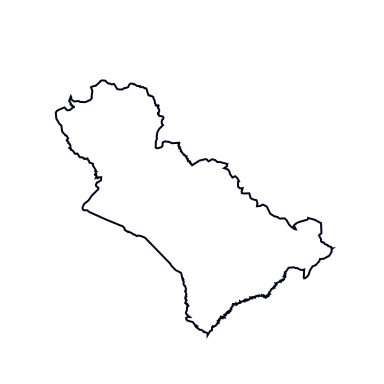 Tolon, Northern, Ghana (Albers equal-area conic projection), rotated 337°
{"feature_id": "2480657B36155100412367", "entity_name": "Tolon", "entity_type": "district", "adm_level": 2, "iso_a3": "GHA", "parent_name": "Ghana", "parent_adm1": "Northern", "projection": "albers", "projection_center": [-1.197, 9.557], "detail": "fine", "context": "isolated", "style": "outline", "palette": "ink", "viewbox_px": 384, "rotation_deg": 337, "n_neighbors": 0, "source": "geoboundaries", "source_scale": "gbopen_adm2", "svg_char_len": 6037}
<svg xmlns="http://www.w3.org/2000/svg" viewBox="0 0 384 384"><g transform="rotate(337 192 192)"><path d="M150.3,330.0L154.3,327.1L156.3,327.1L157.7,324.2L158.4,323.9L158.8,324.3L159.1,323.9L159.6,324.5L161.9,324.1L163.5,323.3L163.6,322.8L165.2,323.1L165.8,322.2L165.4,322.0L165.3,320.8L167.0,320.6L166.7,320.2L167.5,319.6L167.9,320.0L168.4,319.4L169.5,319.6L169.4,318.5L169.9,317.9L171.6,319.2L171.5,320.1L172.3,319.8L173.2,320.4L173.5,317.9L174.9,318.4L175.0,317.5L176.7,317.5L176.6,316.7L177.9,316.1L178.2,317.1L179.0,316.4L179.2,317.3L179.7,317.1L180.0,316.5L180.5,316.5L180.3,316.0L182.4,315.4L182.2,314.3L184.2,313.4L185.6,311.5L186.0,312.3L186.7,311.5L188.2,312.0L189.0,311.5L189.2,311.8L188.4,312.6L188.6,313.3L191.5,312.4L193.0,312.9L193.5,311.5L194.0,312.4L197.0,312.4L197.2,312.9L198.0,312.1L198.2,312.4L198.3,311.9L199.0,311.9L199.1,312.8L200.1,313.4L200.7,312.5L202.0,313.5L204.0,312.3L204.5,313.1L205.6,313.4L205.3,312.4L205.7,312.7L206.5,312.2L207.6,313.1L207.4,313.5L208.0,313.0L208.3,313.4L209.0,313.1L209.0,313.7L210.1,313.0L211.4,312.9L212.5,314.0L213.3,313.4L213.4,313.9L215.0,314.6L215.6,314.9L216.1,314.2L216.6,315.1L217.1,315.0L217.0,316.1L217.9,315.9L217.8,316.8L218.7,316.7L218.1,317.2L218.5,318.1L219.8,317.4L219.8,317.8L221.1,317.7L221.3,317.1L221.9,317.6L222.8,316.7L222.7,316.0L223.8,316.1L223.4,315.4L223.9,314.4L225.3,314.0L226.8,312.6L228.0,312.3L228.7,312.6L229.2,311.9L230.2,312.2L230.0,311.6L230.6,311.0L231.8,311.3L232.3,310.3L233.3,310.3L233.2,308.9L234.1,309.5L234.5,308.8L237.0,308.9L238.5,308.1L238.8,309.4L239.9,308.6L240.3,308.7L240.7,308.0L241.1,307.9L241.7,308.7L242.8,308.1L243.5,307.0L244.9,306.4L245.0,305.4L244.2,305.2L244.9,304.9L244.5,304.6L245.2,303.7L245.3,304.1L246.3,303.5L246.2,302.1L247.3,302.0L251.4,299.5L256.2,301.1L258.1,302.8L259.3,303.3L261.2,305.8L263.8,307.2L265.0,307.2L261.6,313.9L261.4,315.2L262.0,315.5L264.9,315.0L267.3,313.5L269.6,310.6L273.8,307.6L277.4,307.6L282.3,305.3L283.6,303.7L287.2,304.9L293.5,304.3L297.1,301.6L298.4,299.0L299.3,298.8L298.4,298.5L298.5,296.9L296.1,294.8L296.1,293.8L293.9,291.8L293.7,290.2L292.8,289.2L292.1,289.2L291.5,287.6L292.3,286.1L292.0,281.5L295.1,280.4L298.6,271.1L294.0,265.4L288.9,261.4L288.8,262.0L287.2,262.5L279.4,261.5L276.5,261.5L273.9,262.1L272.4,262.9L272.2,263.5L272.8,264.4L273.0,266.9L271.9,266.2L269.8,262.9L268.6,259.9L268.0,254.7L266.8,252.4L262.2,250.7L260.7,248.2L258.5,246.7L255.6,242.7L255.1,234.6L252.4,231.3L249.2,231.5L246.2,230.5L247.8,228.1L248.2,224.8L244.9,222.3L243.6,220.5L244.2,215.6L238.6,213.4L237.5,212.4L237.8,211.0L240.1,208.2L237.7,207.5L236.5,205.3L238.2,200.7L239.5,200.6L239.2,197.2L238.0,194.4L234.9,194.5L234.0,190.3L234.4,188.1L234.0,185.5L230.9,182.6L234.3,182.0L234.6,180.8L235.5,180.0L229.2,175.2L227.1,174.4L225.8,171.7L223.3,169.7L219.2,170.3L218.2,167.6L216.7,166.9L211.1,166.0L202.8,167.4L202.9,166.8L202.1,166.4L202.1,164.1L201.6,164.1L201.9,162.8L200.4,162.2L200.9,160.6L200.5,160.7L200.4,160.1L200.8,159.8L200.2,157.7L200.9,156.9L199.9,156.3L199.4,154.4L198.8,154.4L198.4,151.6L197.6,150.3L198.4,149.0L197.5,147.1L198.2,146.5L197.5,146.2L198.1,145.3L197.6,144.6L197.8,143.6L198.5,143.3L198.4,142.6L199.3,142.3L199.5,141.7L192.7,139.3L190.5,136.9L187.1,134.9L184.5,134.9L182.6,138.3L180.9,138.8L177.1,138.2L175.9,137.0L178.5,131.3L180.7,129.1L181.1,127.2L183.5,123.4L186.3,121.2L191.5,119.1L190.9,117.5L191.5,115.5L192.7,113.9L194.1,113.5L194.8,112.3L194.6,111.1L191.7,109.2L191.3,108.3L191.8,107.3L191.2,106.9L191.7,105.7L192.7,105.5L193.6,104.4L194.0,103.1L193.5,100.9L194.9,99.8L194.9,98.9L193.7,99.1L192.5,98.1L192.9,97.5L192.6,95.6L193.4,93.0L193.1,91.2L193.5,89.5L192.5,88.1L191.4,87.6L191.1,86.6L190.1,86.4L189.7,85.5L190.4,79.5L190.0,78.4L188.8,77.9L188.2,76.5L186.0,75.6L185.8,74.5L184.9,74.6L184.4,73.5L182.9,72.9L180.8,69.9L180.2,70.0L179.9,69.3L178.2,68.3L176.7,68.4L174.1,70.5L170.7,70.3L170.3,69.9L167.9,70.4L165.1,69.2L163.4,68.0L162.5,62.1L159.9,61.5L158.8,60.1L157.5,59.6L155.4,55.4L152.4,54.0L151.0,54.1L150.6,54.6L144.8,56.6L142.7,56.0L140.0,56.1L139.8,59.9L136.9,64.9L136.8,66.1L134.5,67.5L128.9,67.6L123.9,65.2L123.2,63.9L119.0,62.7L116.9,59.4L117.8,58.0L117.8,56.7L114.5,60.2L115.1,63.1L114.5,63.6L114.7,65.1L115.1,65.6L115.6,65.5L116.3,67.2L117.2,67.9L115.4,67.6L112.2,68.7L110.2,68.6L108.8,67.6L107.7,64.4L106.9,64.3L101.2,64.3L99.1,64.7L97.7,65.6L95.8,71.3L96.5,77.0L97.7,79.9L96.1,85.6L97.5,90.2L97.8,90.1L98.6,91.6L98.9,94.4L97.0,95.2L96.8,95.8L97.9,97.7L97.2,98.8L98.2,100.2L98.2,102.0L97.7,103.1L96.7,103.3L96.9,103.9L96.5,104.1L97.5,105.1L97.1,105.9L98.4,107.2L99.3,111.2L101.6,111.9L102.2,116.1L104.5,117.2L105.9,118.9L105.7,119.4L106.6,119.9L108.9,120.2L108.8,121.8L109.4,123.3L109.1,124.9L111.8,127.2L111.2,129.6L112.0,133.9L111.9,134.5L111.1,134.9L112.0,135.9L111.5,136.0L110.8,138.0L109.7,137.7L109.5,138.1L109.4,138.5L110.4,139.1L110.4,140.0L109.0,141.5L110.0,141.5L110.2,141.9L110.6,141.3L111.0,142.3L111.5,142.0L114.2,142.9L112.8,145.6L108.9,146.4L108.3,146.1L106.4,147.7L106.1,149.4L107.5,151.5L106.8,152.8L98.1,156.3L93.6,159.3L87.9,160.9L85.2,163.5L84.7,165.1L85.2,166.4L88.5,168.0L89.5,170.1L101.3,182.9L113.8,195.6L114.6,196.0L115.7,198.7L115.3,200.3L115.7,201.4L117.0,203.0L117.5,203.1L117.5,203.9L118.6,204.3L120.6,206.4L121.4,208.2L122.4,208.6L123.8,210.9L125.0,210.9L127.6,212.4L130.9,215.7L144.0,249.6L144.2,251.8L146.5,257.6L150.0,261.7L150.3,262.6L149.4,267.4L149.9,267.9L149.3,268.8L149.6,269.2L149.1,269.4L149.4,271.4L148.3,273.0L148.3,275.0L148.9,275.6L148.6,278.6L147.6,280.8L146.9,280.7L147.0,283.0L146.6,284.4L145.8,285.2L146.0,285.7L145.1,285.9L144.3,287.2L144.7,287.5L144.2,287.9L144.6,289.7L143.8,289.9L142.5,291.5L142.9,291.7L142.8,292.4L143.6,292.6L143.9,293.3L143.5,293.8L144.1,294.2L144.2,295.4L142.6,295.8L141.1,298.8L139.1,300.9L139.2,302.4L141.1,306.3L139.1,305.4L137.5,305.5L137.0,306.7L137.5,308.5L142.0,312.2L142.6,315.1L144.1,317.1L142.8,317.0L143.1,318.3L144.3,319.8L144.9,321.5L146.5,322.4L148.3,324.7L148.0,325.2L150.5,327.2L151.0,328.3L150.3,330.0Z" fill="none" stroke="#020617" stroke-width="2"/></g></svg>